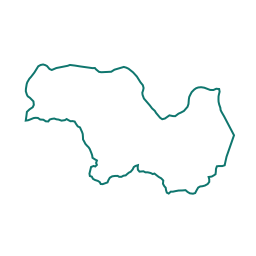 Igarapava, São Paulo, Brazil, rotated 7°
{"feature_id": "56859067B81849499213917", "entity_name": "Igarapava", "entity_type": "district", "adm_level": 2, "iso_a3": "BRA", "parent_name": "Brazil", "parent_adm1": "São Paulo", "projection": "robinson", "projection_center": [-47.694, -20.068], "detail": "fine", "context": "isolated", "style": "outline", "palette": "teal", "viewbox_px": 256, "rotation_deg": 7, "n_neighbors": 0, "source": "geoboundaries", "source_scale": "gbopen_adm2", "svg_char_len": 2554}
<svg xmlns="http://www.w3.org/2000/svg" viewBox="0 0 256 256"><g transform="rotate(7 128 128)"><path d="M87.8,72.5L85.6,72.9L72.8,72.7L67.8,72.5L65.6,72.5L62.7,72.5L60.6,73.6L49.6,77.2L45.3,79.7L42.9,79.0L40.1,76.4L38.3,75.7L36.0,75.3L33.6,76.1L31.4,77.7L28.3,84.4L25.5,89.1L24.1,91.1L22.5,94.8L22.1,96.7L21.9,101.6L22.1,104.0L23.6,107.3L24.7,108.8L27.0,110.0L30.9,113.1L31.7,116.5L30.9,119.0L28.0,121.5L25.7,124.3L25.7,128.6L25.6,133.1L27.9,132.5L30.0,131.4L33.0,129.7L34.7,129.2L37.3,129.0L39.8,130.3L43.0,130.1L45.6,131.4L48.1,131.2L49.2,129.2L51.1,128.3L53.6,127.6L55.9,128.1L58.1,128.1L61.1,128.8L64.4,127.9L66.0,126.6L68.0,127.5L70.1,128.3L72.1,127.9L74.3,128.1L75.7,130.0L77.9,132.5L80.3,133.3L81.6,135.5L82.9,137.6L83.8,139.5L84.3,142.0L84.8,144.9L86.2,146.8L87.6,148.9L89.5,150.6L91.2,151.9L92.5,153.4L93.8,155.7L95.0,157.9L95.8,159.6L96.4,161.9L99.1,163.2L101.1,164.0L100.6,166.6L101.6,168.4L100.2,170.2L98.5,169.9L96.1,171.2L95.3,178.0L96.0,180.3L98.0,180.7L99.4,182.7L101.5,183.6L104.6,184.2L106.6,185.2L107.7,186.9L109.7,186.8L112.3,185.5L114.3,184.5L114.9,182.2L116.0,179.6L118.2,177.9L121.2,177.1L123.6,176.8L125.1,177.5L127.5,177.2L129.3,175.9L131.5,175.3L132.7,173.9L134.3,172.2L136.0,171.1L137.7,168.5L138.5,166.1L140.0,164.8L142.4,163.7L142.4,165.8L142.9,168.2L144.7,169.9L148.6,169.1L150.7,169.9L153.1,169.6L155.9,169.9L158.2,170.7L159.8,170.0L162.4,171.6L164.6,172.9L167.1,173.9L169.4,175.8L169.5,179.1L171.1,181.3L172.7,182.7L173.3,185.0L174.4,187.4L176.4,188.1L178.2,186.0L180.4,185.7L183.0,184.8L185.9,183.9L189.3,183.4L192.7,182.7L194.9,184.2L197.4,185.3L200.5,185.3L202.6,184.4L203.6,181.7L204.9,178.6L206.8,177.2L208.7,176.8L211.3,175.8L213.9,173.9L215.2,171.6L214.9,169.0L214.0,166.8L217.0,166.0L218.9,164.6L220.5,163.2L220.5,160.5L220.3,157.9L220.9,155.2L222.7,154.7L226.2,154.3L228.5,153.2L228.8,149.5L229.3,144.5L234.1,122.3L222.0,104.8L220.1,102.3L218.7,100.4L217.7,98.8L217.2,96.7L215.7,93.7L214.7,90.9L214.3,88.5L214.0,85.5L214.2,83.3L214.5,80.8L213.7,78.2L210.8,78.3L208.1,79.9L204.9,80.2L198.8,78.7L195.6,78.6L192.8,79.2L190.8,80.2L189.0,81.8L186.8,84.7L185.9,87.1L185.0,89.7L184.9,92.0L185.1,96.8L184.5,99.7L181.4,104.3L178.7,106.2L176.4,107.6L173.4,110.5L171.1,110.7L167.6,110.4L163.5,114.1L160.9,115.1L158.6,113.9L154.0,109.6L152.5,107.7L149.5,105.6L146.9,102.9L140.2,96.8L138.4,93.3L137.9,91.2L138.4,88.8L138.6,86.4L137.5,83.7L134.8,81.1L130.6,75.9L126.2,72.1L121.3,69.1L118.9,68.3L116.4,67.9L107.4,71.8L104.5,74.2L94.7,75.9L92.4,75.8L89.1,73.7L87.8,72.5Z" fill="none" stroke="#0f766e" stroke-width="2"/></g></svg>